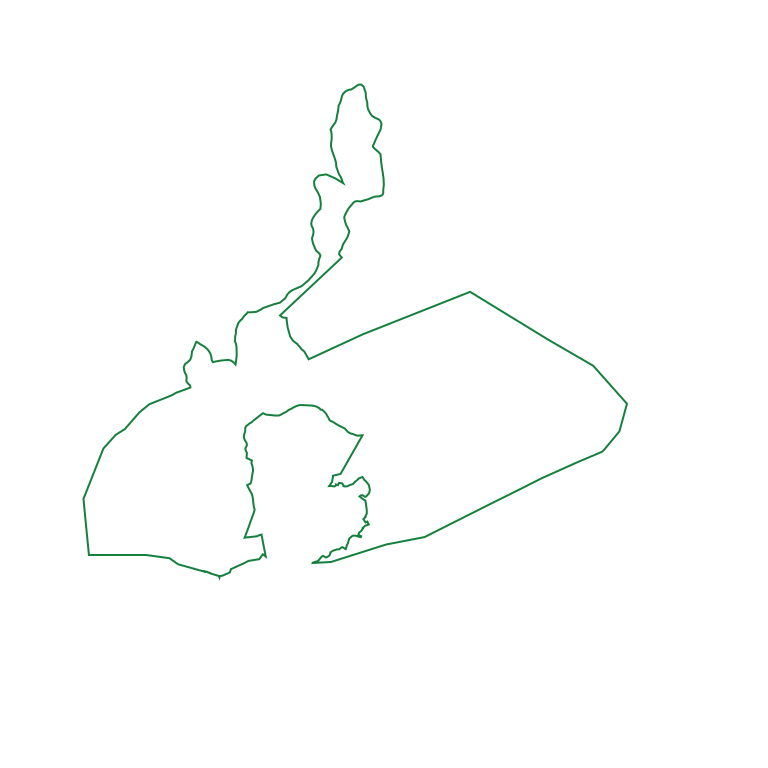 outline of Santa María Chachoápam, Oaxaca, Mexico, rotated 22°
{"feature_id": "50627088B31666946038790", "entity_name": "Santa María Chachoápam", "entity_type": "district", "adm_level": 2, "iso_a3": "MEX", "parent_name": "Mexico", "parent_adm1": "Oaxaca", "projection": "albers", "projection_center": [-97.276, 17.574], "detail": "fine", "context": "isolated", "style": "outline", "palette": "green", "viewbox_px": 768, "rotation_deg": 22, "n_neighbors": 0, "source": "geoboundaries", "source_scale": "gbopen_adm2", "svg_char_len": 5685}
<svg xmlns="http://www.w3.org/2000/svg" viewBox="0 0 768 768"><g transform="rotate(22 384 384)"><path d="M205.8,459.8L196.0,468.7L194.8,469.7L191.3,474.1L174.0,490.7L167.9,501.8L160.5,523.1L154.3,531.6L148.0,549.0L148.4,603.1L149.9,606.0L163.3,631.7L173.9,652.0L174.5,653.1L189.0,647.2L203.2,641.5L217.0,635.9L227.7,631.6L250.3,625.9L260.7,628.3L287.3,625.3L287.4,625.2L287.4,624.8L287.8,624.7L288.6,625.4L290.1,624.3L290.8,624.5L291.4,624.7L292.8,624.3L293.2,624.3L293.3,624.7L302.6,623.9L303.7,624.8L303.9,625.0L303.7,623.6L305.8,622.4L311.7,616.5L311.4,613.0L321.2,602.8L324.6,598.8L334.0,593.1L335.4,587.3L339.0,588.3L326.8,569.5L325.0,570.9L323.2,572.8L322.4,573.2L319.2,575.0L316.8,576.3L314.4,577.5L312.4,578.7L312.2,571.4L312.1,567.5L311.9,563.3L311.7,560.4L311.8,559.6L311.6,556.4L311.6,554.0L311.3,549.9L311.0,548.7L309.6,547.1L308.2,544.6L307.1,542.7L305.8,540.1L303.8,537.0L302.9,535.8L297.3,531.1L295.0,529.1L295.5,528.4L296.4,527.5L297.1,527.0L297.5,526.2L297.5,524.5L297.0,522.2L296.0,518.1L295.0,513.3L293.8,510.9L292.2,508.8L290.6,506.8L290.2,504.4L284.3,504.1L282.6,499.1L280.5,497.3L279.6,495.7L279.8,493.7L279.8,492.1L278.7,490.1L276.4,488.5L275.0,487.2L273.9,485.8L273.3,483.4L273.1,480.1L271.9,477.0L271.8,475.0L274.5,470.3L275.6,469.2L276.4,467.3L280.5,460.1L282.7,456.4L285.6,456.6L288.8,455.8L294.9,454.0L298.3,452.6L300.4,450.5L301.9,448.5L303.7,446.5L305.5,443.6L307.4,441.7L308.8,439.7L311.2,437.1L313.6,435.2L316.8,433.9L325.8,430.8L329.9,430.2L333.3,430.7L334.9,431.6L336.1,431.0L337.9,431.6L340.1,432.6L341.8,433.4L342.6,434.3L344.9,435.9L347.0,437.9L348.1,438.2L350.4,438.2L354.7,439.0L357.0,439.4L364.1,439.9L365.5,440.5L368.2,441.9L371.2,442.4L374.3,442.0L378.4,442.0L383.3,439.6L377.4,483.7L371.1,488.1L371.4,488.9L372.5,494.2L371.4,499.2L373.3,498.3L376.4,497.6L377.5,495.9L377.1,495.2L378.3,495.0L379.2,495.0L379.3,492.6L382.5,491.8L385.0,493.6L384.9,493.8L385.4,493.9L388.0,492.8L390.5,490.2L392.8,488.3L393.3,486.6L395.5,482.3L396.2,480.7L398.9,478.3L401.8,480.4L403.8,481.1L405.8,482.1L407.9,483.5L410.5,487.3L411.1,490.6L410.7,491.9L409.6,495.0L409.2,495.4L408.4,495.7L405.9,495.1L404.1,496.1L403.4,497.4L408.2,498.8L410.4,499.0L412.9,503.2L415.3,507.4L416.6,510.8L416.3,514.1L416.6,514.1L416.6,514.5L415.5,517.0L418.8,519.3L420.1,517.8L422.0,519.6L422.5,520.0L419.6,522.5L418.8,524.2L418.2,525.4L418.7,525.8L418.2,526.7L418.2,527.6L418.0,528.7L416.6,531.0L416.7,533.5L419.9,533.7L419.8,534.8L415.4,535.2L413.1,535.7L411.6,536.6L410.0,539.7L409.7,540.8L409.9,542.8L410.1,544.6L410.1,546.3L410.0,547.5L410.4,551.4L409.6,551.4L406.6,550.8L405.6,551.8L404.4,554.1L402.6,554.8L399.5,557.3L397.5,560.0L397.7,563.5L396.4,565.3L395.1,566.6L393.5,566.4L392.1,566.1L390.9,567.4L389.9,570.4L389.3,572.5L387.7,574.1L386.6,574.8L384.9,576.4L384.9,576.7L401.5,568.9L446.0,532.1L479.0,510.7L511.0,474.2L528.5,454.3L548.2,432.1L565.8,412.0L591.9,384.8L611.3,365.4L612.7,362.7L620.0,339.7L616.7,311.3L571.1,288.7L519.1,281.3L429.3,266.3L346.0,345.6L316.1,377.4L304.9,389.3L298.0,383.8L296.0,383.1L295.1,383.0L293.5,382.0L292.0,381.1L289.5,380.0L288.5,379.3L285.2,378.6L282.6,377.5L279.0,374.9L276.1,371.0L273.5,367.7L269.7,361.0L269.0,359.3L267.3,359.6L265.6,360.2L264.2,360.1L261.9,359.4L297.5,282.6L293.9,280.6L293.2,278.4L293.7,276.3L294.1,274.2L293.7,269.9L295.1,262.1L294.8,255.8L293.7,254.5L292.7,253.7L291.5,252.4L289.4,250.8L286.8,247.6L284.8,244.7L284.5,242.5L284.6,241.1L284.8,238.8L285.4,234.3L287.8,227.1L288.9,225.5L291.1,224.3L293.8,223.6L300.4,218.4L303.0,215.7L305.0,213.9L308.8,212.0L311.2,210.1L311.8,208.9L311.7,207.1L310.5,204.0L309.2,199.3L306.8,194.0L303.8,188.7L301.1,184.4L299.6,181.7L297.8,178.4L294.7,172.3L292.1,171.0L287.4,169.4L284.9,168.2L284.5,166.9L284.7,164.8L284.7,162.1L284.9,157.3L285.5,149.2L284.2,143.6L282.3,141.7L280.5,140.7L276.7,140.5L272.4,139.9L269.7,138.1L266.3,135.2L264.5,132.6L263.0,129.2L261.2,126.9L259.7,124.7L257.9,120.7L254.2,116.5L253.6,115.8L250.4,114.9L248.1,116.2L247.9,116.5L246.8,118.0L245.7,119.8L243.3,123.2L241.1,124.4L239.1,126.5L238.0,128.6L237.3,130.6L237.2,133.1L237.6,135.2L237.9,137.7L237.9,140.8L237.6,142.9L238.4,145.5L239.1,148.0L239.9,152.8L240.8,156.4L240.9,159.7L239.8,164.0L239.1,168.1L241.0,170.4L242.0,172.3L242.9,174.5L243.6,176.1L244.2,178.5L244.7,180.3L245.7,183.2L247.7,186.2L250.7,189.7L253.8,193.2L256.8,197.0L257.6,198.8L258.3,200.3L262.3,204.8L263.7,206.4L266.3,208.2L268.3,210.2L269.2,211.5L271.0,213.1L261.9,211.6L251.9,211.3L245.5,215.1L243.5,219.4L243.3,222.6L245.4,226.5L247.5,228.6L250.9,231.1L254.6,234.7L258.0,240.7L259.4,245.5L258.1,248.5L256.9,251.9L256.0,256.1L255.8,259.4L256.5,262.7L258.0,264.9L259.9,266.3L261.0,268.1L261.8,269.6L262.5,272.7L262.6,275.8L263.6,277.5L265.4,280.1L269.0,283.8L271.1,285.8L275.4,287.3L277.0,288.9L277.1,290.3L277.0,292.3L277.5,294.6L277.5,295.6L278.6,298.2L278.6,301.5L278.5,304.1L278.2,307.5L275.2,315.9L271.1,323.9L264.1,331.1L262.0,334.0L260.8,337.3L260.3,341.6L257.0,347.6L252.3,351.1L247.7,355.1L243.6,358.7L241.8,361.3L238.6,364.9L233.1,367.7L230.7,368.6L230.2,370.5L228.8,373.4L228.0,377.2L227.2,378.4L226.1,382.1L226.4,389.2L227.7,392.6L228.2,395.5L229.8,400.3L231.2,401.7L233.0,404.2L234.9,408.3L236.6,412.4L237.9,416.8L239.0,421.5L236.7,420.4L233.6,419.6L230.3,420.0L228.2,421.2L224.1,423.3L219.3,426.3L217.2,427.8L216.0,426.9L215.0,425.9L214.2,424.2L212.3,421.6L209.9,419.5L207.4,418.0L203.6,416.6L197.8,415.8L194.6,415.0L194.1,415.5L194.1,422.6L193.8,425.8L194.6,428.7L195.2,430.9L195.2,434.2L193.7,437.4L192.0,440.3L192.0,443.3L193.7,446.4L195.4,448.3L197.3,449.8L198.7,452.1L199.4,454.7L200.0,455.7L201.5,456.6L202.9,457.3L204.1,457.7L205.0,458.2L205.8,459.8Z" fill="none" stroke="#15803d" stroke-width="2"/></g></svg>